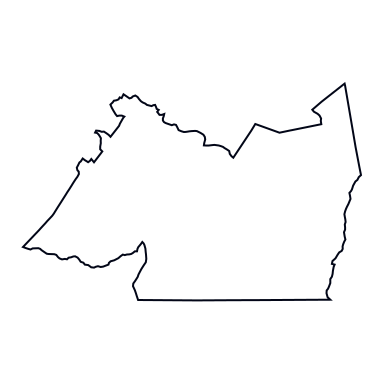 the district of Itapecuru Mirim, Maranhão, Brazil
{"feature_id": "56859067B11839444489809", "entity_name": "Itapecuru Mirim", "entity_type": "district", "adm_level": 2, "iso_a3": "BRA", "parent_name": "Brazil", "parent_adm1": "Maranhão", "projection": "orthographic", "projection_center": [-44.34, -3.363], "detail": "fine", "context": "isolated", "style": "outline", "palette": "ink", "viewbox_px": 384, "rotation_deg": 0, "n_neighbors": 0, "source": "geoboundaries", "source_scale": "gbopen_adm2", "svg_char_len": 3436}
<svg xmlns="http://www.w3.org/2000/svg" viewBox="0 0 384 384"><path d="M23.0,247.0L25.6,248.0L28.0,248.8L30.5,249.5L32.7,248.4L38.4,248.2L40.2,248.9L41.6,250.2L46.7,253.7L48.5,254.0L54.3,254.2L56.3,254.9L58.0,257.1L59.5,258.4L62.0,259.4L64.9,258.9L67.0,259.3L68.6,257.7L71.1,257.3L73.2,256.5L75.1,256.3L77.6,257.6L79.2,259.5L80.7,261.8L83.4,262.7L84.8,264.6L88.3,265.1L91.2,267.3L94.1,267.6L95.7,266.8L98.0,266.2L100.7,267.0L103.2,266.6L105.8,265.6L108.5,264.6L108.9,262.9L110.6,261.3L114.2,260.3L118.3,258.2L120.6,256.2L122.8,254.6L124.8,255.1L126.9,254.5L129.1,254.4L131.1,254.0L132.7,253.1L134.9,251.3L137.0,251.3L137.5,248.8L138.3,247.1L139.5,245.7L140.9,244.0L142.3,242.0L143.6,243.4L144.4,245.0L145.4,248.6L145.7,252.0L146.0,254.5L146.3,258.9L145.8,262.3L143.8,265.2L141.4,269.0L139.8,272.0L138.5,274.5L137.7,276.9L136.7,278.5L135.1,281.0L133.3,283.5L133.0,286.2L133.8,287.9L134.9,290.3L136.0,293.5L136.7,295.8L138.1,300.0L196.8,300.4L232.4,300.2L259.5,300.1L276.4,300.0L330.3,299.7L327.6,297.2L326.5,293.2L326.7,290.4L328.0,288.8L328.9,286.8L330.3,283.1L330.3,279.1L331.9,276.7L332.6,273.9L332.9,271.0L333.3,268.8L333.7,266.8L334.6,264.6L331.9,263.9L332.5,261.0L334.1,259.6L335.5,258.3L337.7,254.6L339.2,252.4L341.7,250.9L342.7,248.9L342.6,246.4L343.2,244.2L344.2,241.7L345.4,239.5L344.7,236.6L344.0,232.2L345.1,229.6L345.1,227.3L344.8,224.5L345.6,222.0L345.3,219.3L344.8,216.7L344.4,214.2L345.1,211.4L346.0,208.9L347.0,206.7L348.4,204.0L350.5,198.9L350.0,195.7L349.4,192.9L351.0,191.1L351.9,189.5L352.5,187.7L353.1,185.7L355.4,181.5L357.4,179.9L358.8,177.1L361.0,175.1L359.4,167.1L355.6,147.2L352.5,128.9L345.1,85.7L344.6,83.6L321.6,101.7L312.3,109.7L313.9,111.7L317.6,113.8L319.5,115.5L321.1,118.5L320.8,120.9L321.3,124.2L304.5,127.6L292.1,130.1L290.0,130.5L279.5,132.7L255.3,124.0L251.3,130.6L233.3,157.7L231.5,156.2L229.8,153.9L229.2,151.0L226.8,149.4L224.6,148.1L223.0,146.9L221.1,146.2L218.8,145.5L214.4,144.9L212.3,145.1L209.0,145.5L205.7,145.5L203.9,145.4L204.2,143.2L204.7,141.3L205.2,139.4L204.8,136.9L203.4,134.7L200.5,132.9L196.9,131.1L195.1,130.9L191.7,131.1L189.6,131.3L187.8,131.6L185.9,131.9L183.9,132.0L181.5,131.3L178.6,130.1L177.2,127.1L176.0,124.9L174.0,124.4L171.8,125.2L167.5,123.7L165.5,123.0L163.9,122.0L162.9,120.5L162.9,118.4L163.7,116.3L164.2,114.0L161.8,114.9L159.5,114.9L158.4,113.4L157.2,111.9L158.7,109.9L156.7,108.9L156.1,107.1L155.1,104.9L153.3,105.2L151.6,106.1L149.6,105.6L146.9,104.9L145.3,103.6L142.6,102.4L140.9,101.2L138.9,98.9L137.6,97.0L135.3,95.5L132.7,96.5L131.5,97.8L129.5,98.4L126.2,96.1L123.5,94.3L122.6,96.1L121.6,98.1L119.7,97.4L118.5,99.4L116.3,100.3L113.9,100.7L112.7,102.4L110.4,104.6L111.8,107.8L113.6,111.0L114.7,112.8L115.6,114.3L117.1,116.1L119.3,115.6L121.8,115.6L124.3,116.6L123.2,117.9L119.9,123.7L119.1,125.8L110.5,136.8L108.7,134.9L106.5,133.3L103.9,131.6L101.7,131.8L99.3,130.9L96.1,130.6L95.1,132.6L97.1,133.0L98.6,134.5L99.8,136.3L100.9,138.2L100.7,140.8L100.8,143.2L100.2,146.6L100.2,149.3L102.3,151.4L101.2,152.9L94.0,162.3L91.3,159.0L89.9,160.9L88.1,162.2L86.6,161.2L84.9,160.2L82.7,158.5L80.8,161.4L79.4,162.5L78.5,164.4L76.8,167.7L77.4,170.2L78.7,171.6L78.9,174.0L77.4,176.8L75.7,179.1L73.6,182.3L72.6,183.9L71.7,185.4L69.3,189.2L67.3,192.2L65.7,194.8L62.9,199.2L60.1,203.6L58.1,206.7L55.8,210.4L54.8,212.0L53.9,213.5L52.3,215.7L49.5,218.7L47.3,221.0L45.4,223.2L42.8,226.0L40.6,228.4L39.0,230.2L23.0,247.0Z" fill="none" stroke="#020617" stroke-width="2"/></svg>